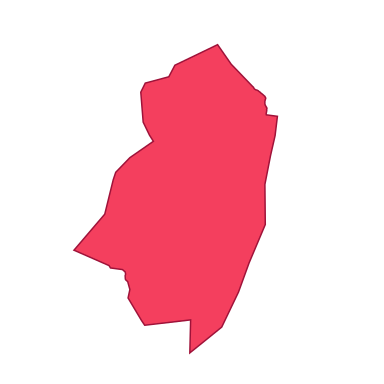 Sharga, Govi-Altay, Mongolia (Albers equal-area conic projection), rotated 303°
{"feature_id": "93677404B51253080271810", "entity_name": "Sharga", "entity_type": "district", "adm_level": 2, "iso_a3": "MNG", "parent_name": "Mongolia", "parent_adm1": "Govi-Altay", "projection": "albers", "projection_center": [95.614, 46.486], "detail": "fine", "context": "isolated", "style": "filled", "palette": "rose", "viewbox_px": 384, "rotation_deg": 303, "n_neighbors": 0, "source": "geoboundaries", "source_scale": "gbopen_adm2", "svg_char_len": 1598}
<svg xmlns="http://www.w3.org/2000/svg" viewBox="0 0 384 384"><g transform="rotate(303 192 192)"><path d="M78.9,124.7L85.1,162.5L83.9,165.0L89.1,176.0L88.8,177.4L88.7,179.2L87.6,180.5L86.6,181.2L85.4,181.5L82.7,183.5L82.2,184.2L82.1,185.2L81.7,187.1L80.9,187.9L76.4,193.0L68.3,196.1L56.7,219.7L54.5,224.9L84.0,260.5L55.9,277.8L74.5,283.9L94.9,290.5L133.4,285.5L163.6,278.5L204.6,271.2L238.1,249.0L265.4,238.0L284.5,231.0L302.0,222.4L297.2,212.3L298.0,211.6L298.8,211.2L299.8,210.9L300.0,210.7L300.5,210.5L300.8,210.5L300.9,210.4L301.4,210.0L301.5,209.8L301.9,209.7L302.0,209.6L302.3,209.6L302.7,209.5L302.9,209.2L303.2,209.0L303.2,208.8L303.3,208.7L303.6,208.5L303.6,208.3L303.6,208.2L303.8,208.0L303.8,207.7L304.1,207.4L304.2,207.2L304.3,207.0L304.4,206.7L304.5,206.5L304.7,206.3L304.8,206.0L306.0,204.8L306.8,204.4L307.2,204.0L307.9,203.7L308.3,203.6L309.0,203.3L309.3,203.1L309.6,203.1L309.9,203.1L310.5,202.9L310.7,202.7L310.9,202.7L311.2,202.3L311.3,202.1L311.4,201.8L311.4,201.6L311.6,201.5L311.7,201.2L311.9,201.1L312.0,200.6L312.0,200.1L312.1,199.6L312.2,199.1L312.4,197.7L312.5,196.6L312.5,195.8L312.7,195.3L312.8,194.9L312.8,194.5L312.8,194.1L312.8,193.9L312.8,193.3L312.9,192.9L313.0,192.4L312.9,191.8L312.9,191.2L312.7,190.7L312.6,190.3L312.5,190.0L312.4,189.7L312.4,189.4L312.4,189.1L312.4,188.6L312.6,187.6L312.9,187.2L313.2,186.8L313.4,186.4L313.4,185.8L320.5,155.3L329.5,133.2L289.0,108.6L276.0,109.8L257.9,93.5L247.8,94.7L224.0,113.0L216.5,125.4L213.5,132.0L187.0,121.2L167.0,117.3L159.3,119.3L125.9,130.9L78.9,124.7Z" fill="#f43f5e" stroke="#9f1239" stroke-width="1.5"/></g></svg>